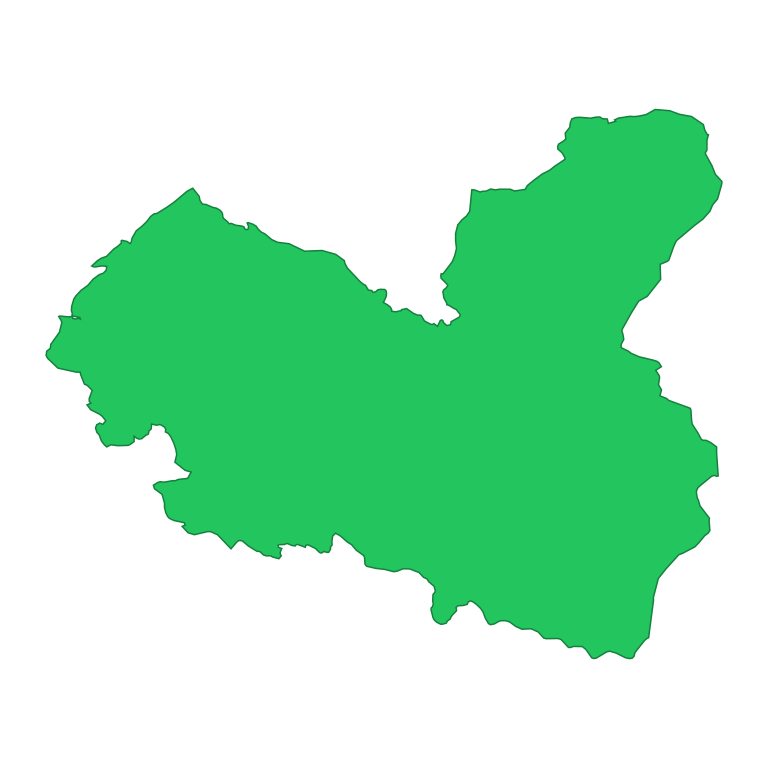 outline of Vadu Motilor, Alba, Romania
{"feature_id": "2599482B54784080645152", "entity_name": "Vadu Motilor", "entity_type": "district", "adm_level": 2, "iso_a3": "ROU", "parent_name": "Romania", "parent_adm1": "Alba", "projection": "natural_earth1", "projection_center": [22.956, 46.413], "detail": "fine", "context": "isolated", "style": "filled", "palette": "green", "viewbox_px": 768, "rotation_deg": 0, "n_neighbors": 0, "source": "geoboundaries", "source_scale": "gbopen_adm2", "svg_char_len": 6070}
<svg xmlns="http://www.w3.org/2000/svg" viewBox="0 0 768 768"><path d="M648.6,637.8L653.5,600.4L653.4,597.5L658.3,578.5L665.9,569.0L678.8,554.7L682.2,553.5L694.8,546.9L699.0,542.6L704.6,535.8L708.2,533.1L709.9,530.5L709.1,520.8L709.4,518.2L700.0,505.9L698.3,500.0L697.3,498.1L696.4,492.8L696.6,490.5L697.9,487.8L700.0,485.8L711.2,476.6L713.2,475.6L714.9,475.5L716.5,476.3L718.2,475.9L716.6,453.0L716.6,446.9L710.9,442.7L706.4,440.4L702.6,440.2L701.2,439.2L698.3,433.6L692.2,424.1L691.6,420.3L690.9,410.0L690.3,408.3L668.7,400.4L666.9,398.7L659.9,395.8L661.5,389.8L658.5,384.7L659.6,377.5L659.1,375.4L655.7,370.3L661.4,366.7L658.9,362.7L656.9,361.3L653.0,360.1L639.2,356.8L631.3,353.4L628.4,351.2L621.7,347.9L621.1,346.9L621.2,344.3L623.8,339.3L622.8,333.7L622.0,331.6L622.1,329.5L631.4,312.8L638.7,301.1L647.2,296.4L660.6,279.4L660.2,264.3L667.3,261.4L668.8,260.1L673.8,246.3L675.7,242.1L676.9,240.3L694.5,225.5L702.9,219.1L709.9,211.3L712.7,204.7L717.5,199.1L718.6,195.4L721.8,183.8L721.9,181.5L715.4,174.4L711.8,165.4L705.4,153.8L705.5,152.5L706.9,150.2L707.0,140.0L708.4,134.8L707.5,134.9L704.8,130.2L703.4,124.6L691.5,116.5L679.4,114.3L669.7,110.7L655.1,109.5L646.1,114.6L638.3,116.2L633.9,116.6L630.0,116.3L618.4,118.1L614.6,119.9L615.8,121.3L608.4,123.4L607.3,119.0L602.5,118.8L599.9,117.0L596.1,117.1L590.5,118.2L580.2,117.3L575.8,117.5L571.8,118.9L570.2,123.2L569.8,127.2L565.2,133.2L565.8,138.9L563.7,141.0L558.7,144.0L557.7,146.4L557.9,149.2L562.1,152.8L564.9,157.7L565.0,159.3L555.0,166.0L549.5,170.3L542.4,173.9L534.4,179.8L527.4,185.5L525.2,189.4L514.5,191.0L510.2,189.2L499.5,189.2L495.4,189.9L490.8,189.0L485.9,191.2L482.8,191.2L480.2,192.0L474.1,189.8L471.8,189.8L469.7,211.2L466.7,215.8L461.7,220.1L457.8,224.8L455.6,233.4L455.6,241.1L456.5,248.4L454.7,255.8L452.2,261.8L443.0,273.9L441.2,273.7L440.8,275.8L441.1,278.2L447.6,284.9L447.7,285.6L446.2,287.9L443.6,290.0L442.9,291.8L443.9,297.9L446.6,303.0L446.9,304.8L449.0,305.4L454.0,308.5L456.1,309.3L460.4,314.9L459.1,317.2L451.1,321.7L450.7,324.3L449.4,325.0L446.8,325.5L443.5,322.6L442.9,320.6L441.8,319.9L440.3,320.5L437.5,326.3L433.9,323.6L432.6,324.4L431.0,324.4L424.5,321.0L421.2,315.5L419.7,315.0L417.7,315.2L413.5,313.4L406.6,308.6L401.7,309.6L400.9,310.7L395.7,311.8L391.6,311.2L391.6,309.3L390.2,306.9L387.5,304.8L383.4,302.5L385.8,297.5L386.4,295.4L386.5,292.8L385.9,290.5L384.7,289.5L380.3,289.3L377.8,289.8L375.9,291.6L373.2,292.5L371.7,290.5L368.4,290.1L365.5,285.3L362.5,283.7L359.6,281.1L347.4,268.1L344.7,263.0L344.4,260.7L335.8,254.4L322.0,250.5L304.7,251.2L289.0,243.7L277.6,242.3L271.7,239.6L264.8,233.8L261.3,232.1L258.4,229.4L256.1,226.1L252.9,224.2L248.2,222.6L247.2,222.9L248.6,226.6L248.1,229.1L247.3,229.6L244.8,229.1L244.0,226.9L241.9,226.1L235.7,225.2L231.2,223.4L229.1,223.8L227.8,222.0L223.6,218.4L222.9,217.1L222.4,213.5L221.6,211.9L220.1,210.3L216.5,208.2L212.6,207.3L206.1,204.5L202.4,204.1L200.0,200.5L199.1,196.2L192.7,188.2L186.9,191.4L174.1,202.2L166.5,207.5L157.0,213.4L153.8,214.0L150.5,216.6L147.0,221.3L141.7,226.5L136.3,230.7L132.1,238.1L131.2,242.1L130.1,243.6L127.2,241.5L121.9,240.3L121.2,240.8L121.3,243.1L117.5,246.5L113.7,249.1L106.5,256.4L101.3,258.2L97.7,260.5L91.7,266.0L93.3,266.8L95.8,266.9L101.8,265.9L106.8,266.4L106.2,270.1L105.4,271.1L103.0,273.4L99.3,274.6L93.3,279.0L87.7,285.5L81.1,290.3L75.9,295.9L73.8,299.1L71.7,306.3L71.4,310.7L72.3,313.4L71.9,315.8L79.8,317.5L80.4,319.1L77.9,318.0L76.2,319.0L72.8,318.5L72.5,316.5L68.7,316.9L59.9,316.0L58.7,316.5L61.1,320.3L61.8,322.7L59.4,332.3L50.8,344.3L50.3,348.3L46.7,351.2L46.1,355.4L47.6,358.3L57.9,368.1L76.1,372.1L80.2,372.2L80.6,374.5L84.5,384.3L86.3,384.8L87.7,385.8L92.2,390.4L89.2,398.5L89.2,401.2L90.8,403.2L87.0,404.9L90.8,409.8L99.7,414.3L102.1,416.2L105.8,420.7L102.8,424.4L99.7,423.1L96.7,424.8L95.5,428.0L96.9,432.4L99.2,434.9L101.4,440.9L104.3,444.7L106.7,446.9L111.0,444.8L117.7,445.7L128.0,445.4L130.1,444.5L134.1,441.6L134.1,436.2L136.5,438.1L139.0,439.1L141.7,438.7L145.8,435.3L148.3,434.1L149.1,430.8L151.1,429.1L151.6,424.1L156.6,425.2L159.4,424.6L161.0,424.9L164.8,427.3L165.7,429.5L165.4,431.9L168.4,433.5L170.7,436.6L173.8,443.1L175.9,449.7L176.7,454.7L174.9,462.2L185.2,470.4L191.2,472.0L187.6,478.4L178.4,479.4L175.2,480.7L172.4,480.7L163.8,482.2L160.3,481.7L157.7,482.5L153.4,485.2L154.5,488.8L162.1,494.4L164.5,503.1L164.5,507.5L165.8,512.7L167.8,516.7L169.5,518.4L173.9,520.5L184.3,522.7L185.2,525.1L182.1,526.4L188.1,532.8L194.4,534.7L208.1,531.5L211.1,531.8L217.6,534.8L231.0,548.8L237.1,541.7L239.0,540.5L242.2,540.8L248.5,546.1L256.6,551.1L260.1,551.7L263.3,554.9L266.4,555.9L270.7,555.8L272.4,557.0L278.9,558.7L281.3,555.8L280.3,554.2L280.2,552.2L281.8,548.5L278.5,547.4L278.2,545.1L279.0,544.7L284.3,544.5L286.5,543.6L287.7,543.6L291.7,545.4L295.1,546.0L295.9,544.9L297.6,544.4L305.3,547.3L305.9,545.3L307.8,544.7L315.5,548.5L319.6,552.5L321.0,553.0L322.7,552.5L323.7,551.4L326.9,552.4L328.7,552.3L330.5,549.3L330.5,547.0L332.1,545.0L331.9,541.6L332.6,536.2L335.5,533.2L340.2,535.8L347.7,542.3L351.5,544.6L356.4,550.3L363.6,555.5L364.5,557.2L365.0,564.3L366.8,566.3L375.9,568.4L384.8,569.4L393.8,571.7L397.1,571.2L403.1,568.8L409.6,568.9L419.0,572.5L423.4,577.2L427.2,579.1L428.7,581.7L434.1,586.3L435.3,590.9L434.9,592.2L433.0,594.5L432.7,601.1L433.3,603.9L432.3,607.0L431.2,607.9L431.0,609.5L432.9,617.2L433.8,619.4L436.3,622.0L440.6,624.2L443.0,624.1L446.3,623.1L447.4,621.0L450.4,618.8L450.9,617.1L452.4,615.0L456.2,611.1L456.6,610.0L456.0,607.6L457.9,605.8L463.1,605.5L467.2,604.4L468.2,602.0L470.5,600.9L472.7,601.7L476.6,604.5L480.6,608.4L483.0,611.8L485.4,618.3L488.5,623.6L490.6,624.7L494.4,623.9L498.4,621.6L501.0,620.7L505.5,620.7L509.6,621.9L515.7,626.4L521.9,629.2L531.1,628.8L538.1,631.9L543.8,638.1L546.3,638.7L557.2,638.5L559.3,638.8L561.3,639.7L568.4,647.4L570.3,647.5L573.7,646.4L582.4,646.6L586.1,649.7L591.6,657.7L593.5,658.5L596.3,658.1L606.7,651.9L609.8,651.2L616.2,653.1L625.3,657.7L629.1,658.5L632.0,658.3L634.0,656.4L634.9,652.9L636.5,650.6L644.5,640.5L647.3,638.2L648.6,637.8Z" fill="#22c55e" stroke="#15803d" stroke-width="1.5"/></svg>